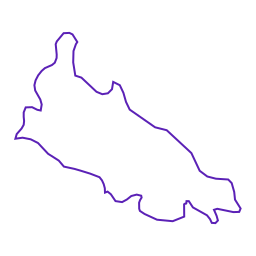 an SVG outline of Lodi
{"feature_id": "ITA-5448", "entity_name": "Lodi", "entity_type": "Province", "adm_level": 1, "iso_a3": "ITA", "parent_name": "Italy", "parent_adm1": "", "projection": "robinson", "projection_center": [9.573, 45.269], "detail": "fine", "context": "isolated", "style": "outline", "palette": "violet", "viewbox_px": 256, "rotation_deg": 0, "n_neighbors": 0, "source": "natural_earth", "source_scale": "10m", "svg_char_len": 1287}
<svg xmlns="http://www.w3.org/2000/svg" viewBox="0 0 256 256"><path d="M77.3,42.0L75.9,44.2L73.5,51.0L73.2,62.4L75.3,75.6L81.4,77.6L96.5,91.8L102.3,94.2L107.9,93.3L112.0,89.2L113.2,81.9L119.8,85.2L123.4,92.8L126.0,101.9L129.7,109.6L155.1,127.3L166.7,130.2L191.4,153.1L199.7,170.8L207.3,176.5L215.9,178.7L228.2,179.5L231.7,183.1L234.2,191.9L235.0,199.6L240.6,208.5L239.2,211.9L233.4,212.1L217.3,208.8L214.0,209.8L216.6,215.8L217.9,220.5L215.4,223.1L211.8,222.9L210.0,219.1L207.0,215.3L192.9,207.4L188.8,201.1L186.5,201.1L186.3,203.3L185.9,203.7L185.2,203.6L184.1,204.3L184.2,216.6L172.7,221.2L157.0,219.7L144.6,214.0L139.9,210.9L139.2,208.7L139.1,202.7L140.1,200.0L141.6,197.6L141.2,195.7L136.7,194.6L131.3,196.0L126.9,199.5L122.1,202.1L115.5,201.1L110.9,194.3L107.6,191.6L105.0,192.6L104.8,188.2L103.7,184.1L102.0,180.4L99.5,177.2L90.1,173.6L80.4,170.6L74.5,168.9L63.9,166.6L58.8,160.6L48.1,153.8L38.0,143.0L30.7,139.3L22.6,137.7L15.4,138.7L16.7,134.1L21.6,128.5L23.7,124.8L24.1,121.0L23.7,116.9L23.7,112.4L25.7,107.4L32.1,107.2L37.3,109.8L40.7,110.5L41.7,104.5L40.3,99.5L35.2,90.5L34.4,85.2L35.6,80.3L38.2,75.3L41.6,71.0L44.9,68.1L52.0,65.0L54.8,62.7L56.6,58.0L56.7,54.6L55.7,44.2L56.8,41.4L63.6,33.2L69.4,32.9L72.5,34.4L77.3,42.0Z" fill="none" stroke="#5b21b6" stroke-width="2"/></svg>